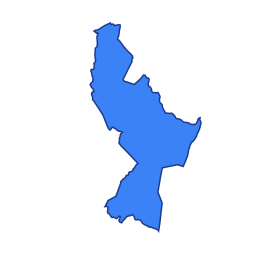 the district of Jaguaquara, Bahia, Brazil, rotated 209°
{"feature_id": "56859067B83796410289338", "entity_name": "Jaguaquara", "entity_type": "district", "adm_level": 2, "iso_a3": "BRA", "parent_name": "Brazil", "parent_adm1": "Bahia", "projection": "albers", "projection_center": [-39.94, -13.546], "detail": "fine", "context": "isolated", "style": "filled", "palette": "blue", "viewbox_px": 256, "rotation_deg": 209, "n_neighbors": 0, "source": "geoboundaries", "source_scale": "gbopen_adm2", "svg_char_len": 4051}
<svg xmlns="http://www.w3.org/2000/svg" viewBox="0 0 256 256"><g transform="rotate(209 128 128)"><path d="M194.4,211.3L195.1,210.3L195.9,209.2L196.5,208.3L197.3,207.3L198.3,205.8L199.0,204.5L200.2,202.5L200.7,201.2L201.6,199.8L202.5,198.7L204.0,197.6L204.7,196.3L202.7,196.0L201.2,195.6L200.6,196.4L199.7,195.7L199.6,194.6L199.6,193.3L199.0,192.0L197.7,190.2L196.7,188.5L196.1,187.5L195.3,186.2L194.9,185.3L194.6,183.9L195.2,181.9L194.4,180.1L193.6,178.8L193.1,177.1L192.3,175.8L191.5,174.6L190.8,173.6L190.1,172.7L189.4,171.9L188.9,170.6L188.5,169.4L189.2,168.1L188.4,167.1L187.8,166.2L187.3,165.0L186.5,163.5L186.7,162.2L188.1,161.8L188.6,160.8L188.0,159.7L186.6,158.7L185.5,157.3L184.7,156.3L183.9,155.6L183.1,154.9L182.4,154.0L181.9,152.7L181.2,151.6L181.9,150.2L182.1,149.1L182.2,147.6L181.0,146.9L179.7,145.9L177.9,145.4L176.4,144.2L175.4,143.2L176.2,142.4L176.8,141.3L176.3,140.0L175.1,138.7L173.9,137.8L173.3,136.8L172.8,135.7L171.9,135.3L170.7,135.0L169.6,134.3L164.3,131.6L156.1,127.1L155.2,126.4L151.6,123.4L146.3,119.1L145.2,118.2L142.8,117.4L142.4,118.4L142.2,119.8L142.2,121.1L141.0,121.4L139.7,121.2L137.7,121.2L136.2,120.7L134.8,120.7L133.6,121.2L132.0,121.6L130.9,121.7L131.1,120.6L131.6,119.3L131.2,117.8L130.7,116.5L130.6,114.8L129.8,113.8L129.3,112.8L129.0,111.4L128.4,110.3L125.8,109.2L124.7,108.8L120.7,107.7L104.4,102.6L102.0,101.6L102.9,100.0L103.0,98.4L103.0,97.2L103.2,96.2L103.6,94.4L103.3,93.2L103.4,92.1L104.4,91.2L105.4,90.3L105.6,89.1L105.1,87.9L105.2,86.8L106.5,85.7L106.4,84.5L106.3,83.0L107.4,81.4L107.7,80.1L108.0,79.1L108.3,77.5L107.6,76.1L105.5,62.4L110.3,54.9L110.0,53.4L110.2,52.0L110.0,50.1L110.0,48.1L108.8,49.1L107.1,48.8L106.3,47.4L105.9,46.2L105.3,44.7L104.3,43.7L102.8,43.8L101.3,43.1L100.0,42.3L98.5,42.0L97.3,43.0L95.9,43.2L94.3,43.1L93.7,44.1L93.5,45.1L93.2,46.5L91.9,46.8L91.3,45.0L91.3,43.2L90.8,42.3L89.8,41.8L88.8,41.7L87.6,42.1L87.4,43.2L87.6,44.5L86.9,45.9L86.6,47.8L86.1,49.6L85.5,50.8L84.7,51.5L83.7,52.2L83.0,53.2L81.8,54.4L80.3,53.8L79.2,53.3L78.5,52.1L77.0,51.3L75.6,52.1L74.4,52.9L73.4,53.1L72.3,53.3L71.2,53.0L70.0,52.1L68.4,51.6L66.9,51.6L65.4,51.5L64.4,51.7L63.0,51.7L61.7,51.6L60.6,51.9L59.8,52.6L58.1,52.6L56.4,53.0L54.8,53.2L53.5,53.3L52.4,53.3L51.3,52.7L53.8,59.6L58.9,71.9L61.7,78.8L62.5,79.5L63.4,80.3L65.6,82.1L67.1,83.4L70.8,86.4L76.3,102.3L78.7,109.8L66.8,120.0L64.7,120.4L61.1,121.1L61.8,128.1L62.5,132.9L62.9,134.0L63.2,135.0L63.6,136.3L64.4,138.2L64.6,140.0L65.2,142.0L65.3,143.7L65.4,145.3L65.2,146.9L64.6,148.1L64.4,149.6L64.1,151.6L64.1,153.1L64.2,154.5L64.8,156.6L64.5,157.9L64.8,159.0L64.8,160.2L64.9,161.4L65.3,162.9L65.7,164.6L66.1,165.8L66.2,166.9L66.9,168.1L67.8,169.1L68.7,169.7L69.6,170.6L69.9,171.9L70.7,171.1L71.0,169.6L70.6,168.1L70.5,166.9L70.5,165.9L70.5,164.6L71.1,163.6L72.2,163.2L73.0,162.4L74.0,162.1L75.0,161.8L76.4,161.7L77.6,161.9L78.7,161.5L80.2,160.9L81.6,160.3L82.7,160.2L84.0,160.4L84.9,160.8L86.1,160.8L87.9,160.7L89.1,160.0L90.6,159.8L92.1,160.6L93.2,161.3L94.3,161.7L95.2,161.9L96.3,162.1L97.5,161.9L98.5,160.9L99.7,160.5L100.9,160.1L102.2,159.1L103.7,160.1L105.2,161.0L106.5,161.8L107.7,162.5L108.7,164.0L109.7,165.1L110.8,165.3L112.3,165.8L113.6,166.7L114.0,167.9L114.9,168.9L114.8,170.4L115.7,171.4L116.7,172.1L118.0,173.1L119.0,173.6L119.9,172.6L121.3,172.3L122.8,171.2L124.4,171.2L125.5,171.9L126.1,173.2L127.3,174.1L129.0,174.8L130.4,174.7L131.1,175.7L132.0,176.7L132.4,179.0L133.2,180.9L134.7,181.5L136.2,180.9L137.2,181.6L138.6,182.4L140.1,181.9L140.8,177.4L143.6,169.1L144.7,168.9L151.8,167.6L153.1,167.1L154.8,167.4L155.9,168.3L156.4,179.8L156.7,187.9L157.5,189.3L158.2,190.5L157.7,191.6L159.1,193.1L160.3,193.7L161.6,194.1L163.0,194.5L164.9,194.9L166.1,195.3L167.5,195.7L169.4,196.4L170.7,197.1L171.8,197.0L172.7,197.9L174.0,198.5L175.2,198.9L177.1,199.9L178.8,200.4L180.0,200.4L180.6,201.7L180.8,203.8L181.2,205.3L181.9,206.8L182.7,208.8L183.3,210.9L183.7,212.1L184.1,213.2L184.9,214.3L186.3,213.7L187.5,212.8L189.2,211.1L190.5,211.6L191.6,211.6L192.7,210.3L194.4,211.3Z" fill="#3b82f6" stroke="#1e3a8a" stroke-width="1.5"/></g></svg>